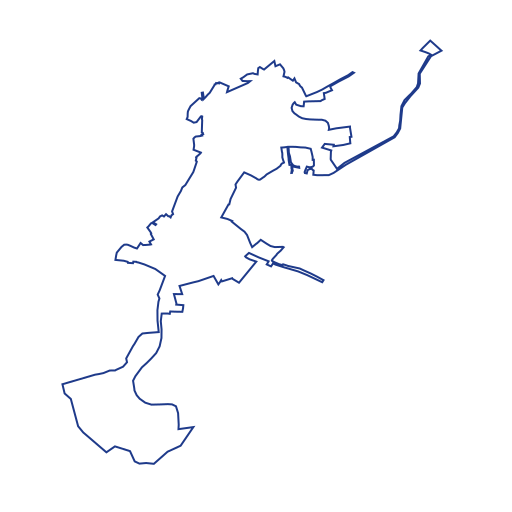 Miercurea Ciuc, Harghita, Romania (Robinson projection), rotated 354°
{"feature_id": "2599482B67036234724680", "entity_name": "Miercurea Ciuc", "entity_type": "district", "adm_level": 2, "iso_a3": "ROU", "parent_name": "Romania", "parent_adm1": "Harghita", "projection": "robinson", "projection_center": [25.638, 46.385], "detail": "fine", "context": "isolated", "style": "outline", "palette": "blue", "viewbox_px": 512, "rotation_deg": 354, "n_neighbors": 0, "source": "geoboundaries", "source_scale": "gbopen_adm2", "svg_char_len": 6071}
<svg xmlns="http://www.w3.org/2000/svg" viewBox="0 0 512 512"><g transform="rotate(354 256 256)"><path d="M355.0,174.6L406.3,152.4L409.9,148.5L412.7,144.3L417.0,123.6L420.1,119.6L426.3,113.2L435.0,105.5L437.1,101.6L437.9,91.8L450.9,75.6L461.9,71.2L451.8,60.0L443.8,66.4L441.1,68.8L445.3,70.7L447.5,71.8L448.2,72.2L449.0,72.6L451.2,74.2L448.2,75.5L436.8,91.5L435.2,101.3L433.5,104.9L427.3,110.7L425.2,112.3L420.0,116.5L416.3,122.2L414.5,130.5L413.5,136.6L412.2,141.0L411.6,144.0L408.9,147.8L405.4,151.4L353.8,172.6L345.6,177.8L345.1,176.7L340.5,168.2L340.4,167.4L341.4,160.1L341.9,158.9L333.0,155.1L336.1,151.7L345.0,153.5L344.5,155.0L354.4,154.7L361.6,153.8L361.6,152.4L361.7,147.5L363.4,147.4L362.9,138.6L362.9,138.2L363.0,137.1L354.3,137.3L349.2,137.4L341.6,138.1L341.8,137.5L342.0,136.9L342.1,135.9L342.0,134.1L341.4,131.1L339.2,128.7L335.8,127.4L330.8,126.8L324.0,125.8L320.1,125.0L316.3,123.8L313.2,121.8L310.5,119.3L309.1,118.1L307.4,115.7L306.9,112.4L308.2,109.4L309.4,108.0L310.6,107.1L311.8,109.7L316.3,111.7L319.0,112.1L319.1,111.7L320.0,107.5L324.4,107.7L336.4,108.7L337.6,108.0L340.7,107.0L340.5,101.1L342.6,101.0L345.8,100.0L348.9,99.1L347.7,96.3L347.6,95.0L356.3,91.2L366.9,87.1L372.5,84.0L371.2,83.2L366.6,85.8L358.2,89.1L351.6,92.0L344.5,95.0L339.2,97.4L333.8,99.3L322.7,102.4L322.4,101.9L320.1,95.5L319.3,93.3L317.9,91.9L317.2,90.6L316.9,89.6L314.0,87.5L312.8,83.4L311.0,85.5L306.6,81.7L306.0,82.2L304.0,80.9L302.1,80.2L303.6,75.8L303.4,74.2L302.8,72.2L299.9,67.9L295.2,69.3L294.6,64.0L283.5,71.4L282.4,70.7L279.6,68.5L277.9,69.4L277.3,71.9L276.6,75.6L273.4,74.7L272.1,73.9L266.2,74.5L262.1,76.9L259.4,78.1L260.9,80.5L265.3,81.2L268.5,81.5L266.0,83.1L244.3,90.0L245.0,88.1L246.6,84.4L237.9,79.5L237.5,79.5L237.3,80.3L236.6,79.9L236.2,79.9L236.0,80.3L234.4,79.8L233.8,81.0L232.8,81.0L232.5,81.8L227.0,88.9L225.1,90.3L222.4,92.8L220.3,94.5L220.5,93.3L220.5,91.9L220.3,87.9L219.1,88.0L219.2,94.5L218.3,94.9L217.7,93.6L216.1,93.1L206.6,100.1L204.4,103.4L203.4,105.1L203.0,106.9L202.5,110.6L201.4,112.6L205.4,114.9L208.0,116.9L210.9,116.6L215.8,111.4L216.6,111.3L217.1,111.6L216.5,114.4L216.7,115.2L215.0,127.4L215.9,127.9L215.9,128.3L216.2,129.3L214.6,129.7L215.0,130.6L213.1,130.9L208.6,130.9L207.3,131.6L206.0,132.8L206.1,139.1L205.9,140.5L205.0,143.8L212.0,147.4L211.6,148.0L208.3,150.4L207.6,150.7L206.9,151.3L206.7,151.8L207.1,152.1L206.6,153.5L206.1,154.9L206.8,155.6L207.0,156.0L203.3,164.1L202.4,166.0L193.1,178.1L189.9,180.1L188.1,183.5L184.3,188.6L177.2,202.9L177.9,205.7L176.2,206.7L175.1,208.7L173.9,207.4L172.9,207.3L170.9,205.0L168.6,207.1L166.9,205.8L164.7,206.6L163.1,208.4L157.0,211.7L160.0,214.0L159.3,214.7L156.1,212.2L154.9,212.6L152.2,215.3L150.9,216.3L153.6,221.1L154.2,222.5L153.7,223.1L154.8,225.8L156.0,228.8L151.5,230.5L152.8,233.5L152.0,233.6L147.0,233.5L144.8,233.3L142.6,231.0L139.0,235.4L138.4,236.1L135.7,234.9L132.2,232.8L129.8,231.5L128.4,231.1L126.1,231.0L123.2,232.9L117.9,238.1L117.0,240.8L115.8,245.2L124.0,246.9L127.8,248.4L127.9,249.4L132.9,250.3L133.4,248.8L136.5,249.3L137.0,249.8L138.2,250.1L144.1,252.7L154.5,258.4L163.5,266.3L156.7,279.9L154.2,284.1L155.5,288.1L154.2,291.3L152.3,299.6L151.3,310.0L151.3,321.5L140.6,321.2L134.9,321.2L130.7,324.2L125.9,330.8L124.2,332.8L116.2,344.3L116.6,348.2L112.2,352.2L105.0,354.6L103.9,355.1L98.6,354.6L92.0,356.5L87.2,357.0L83.6,357.2L50.1,363.3L51.3,372.7L56.9,378.8L61.3,406.7L65.7,413.4L86.7,435.6L95.8,430.6L110.3,436.9L113.9,447.6L118.4,450.3L125.1,450.4L132.7,452.0L147.6,441.4L161.2,436.8L175.8,419.6L160.8,420.1L161.5,415.7L162.1,404.1L160.7,397.1L157.0,394.8L152.8,394.1L145.2,393.6L136.5,392.9L130.5,390.3L125.4,385.8L122.8,382.0L121.1,377.1L121.1,374.7L120.7,367.2L123.5,362.9L130.9,354.8L136.4,350.8L141.2,346.9L146.6,342.1L150.7,335.8L153.4,327.7L154.4,319.1L154.5,310.9L156.2,303.4L161.5,303.9L162.7,304.1L164.2,304.5L164.9,302.2L169.6,302.9L176.9,303.8L178.0,300.3L178.6,297.3L171.6,296.0L171.9,294.9L170.4,285.3L178.6,286.2L176.8,277.8L190.7,275.7L196.1,275.0L211.7,271.4L215.6,280.3L217.4,278.3L218.9,276.3L219.5,277.7L230.0,275.6L230.2,276.2L236.3,280.8L255.7,261.6L249.2,258.6L245.8,256.2L245.2,255.2L246.0,254.6L249.3,252.2L258.6,257.7L268.0,262.6L267.7,263.1L265.8,265.5L269.9,267.9L271.8,265.6L272.1,265.1L274.5,266.6L283.4,270.5L287.0,271.9L290.8,273.5L292.3,274.1L296.2,275.7L304.8,280.3L319.1,289.0L320.6,287.1L318.7,285.8L314.5,282.9L308.6,279.1L301.5,275.0L298.2,273.0L286.7,269.2L285.3,268.5L282.1,267.1L281.6,267.9L278.2,266.6L273.9,264.2L271.5,262.6L271.3,262.0L272.3,260.7L276.5,257.0L276.9,256.4L277.8,255.6L281.2,253.2L283.3,251.2L284.4,250.2L283.7,249.7L282.2,249.6L275.6,249.1L271.5,247.6L267.9,244.9L262.4,240.4L258.3,243.5L257.9,243.6L253.1,246.8L251.6,242.5L249.3,234.2L247.1,230.6L243.6,227.4L239.5,223.3L235.5,219.3L236.0,218.7L231.5,216.2L225.5,214.0L234.0,201.9L234.8,201.9L236.7,196.6L243.3,186.0L243.1,182.7L245.5,179.8L253.0,171.6L259.4,175.3L264.5,178.9L265.3,179.7L266.3,180.3L267.2,180.5L268.1,180.4L269.4,179.7L271.5,178.5L272.2,178.2L273.1,177.6L275.1,176.0L281.7,173.0L285.6,171.4L289.8,168.8L290.2,168.0L290.7,167.4L291.4,166.8L293.6,166.0L293.5,165.3L293.3,164.7L292.9,163.0L292.5,160.6L292.8,158.0L292.9,156.1L292.7,155.2L292.6,153.1L292.5,150.8L295.2,150.9L298.6,150.8L298.5,156.3L298.5,158.7L298.6,162.3L298.5,164.2L298.8,168.9L300.1,168.9L300.6,169.6L300.5,172.3L300.4,172.7L300.7,173.7L299.8,177.1L300.5,177.1L300.9,175.7L301.2,175.3L301.5,175.1L301.3,173.3L301.4,171.1L302.8,171.1L308.2,172.8L308.2,171.6L307.8,171.5L307.4,171.5L306.7,171.5L304.8,170.9L302.9,170.0L302.2,169.3L300.7,166.8L300.5,166.1L300.2,160.4L299.7,158.1L299.5,157.1L299.5,155.8L299.6,154.6L299.7,150.8L303.6,151.2L307.3,151.7L311.6,152.6L316.4,153.3L321.6,155.1L322.1,158.3L322.4,160.7L322.7,163.4L322.4,166.3L323.6,166.3L323.1,171.9L322.4,172.7L321.2,173.2L319.7,173.4L318.0,173.2L315.9,172.4L314.0,175.8L313.4,177.1L313.1,177.6L313.3,178.6L315.1,179.2L316.3,176.0L318.3,175.2L320.5,175.1L320.9,175.5L321.3,176.3L322.3,177.0L321.5,181.2L325.1,182.0L336.8,183.2L341.8,181.5L355.0,174.6Z" fill="none" stroke="#1e3a8a" stroke-width="2"/></g></svg>